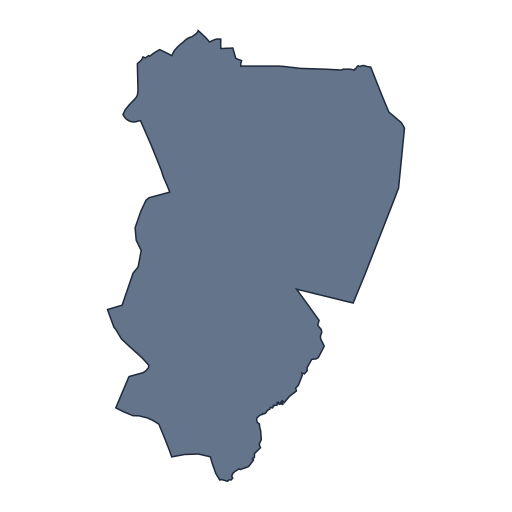 Lagos Mainland, Lagos, Nigeria
{"feature_id": "59680162B78639882894514", "entity_name": "Lagos Mainland", "entity_type": "district", "adm_level": 2, "iso_a3": "NGA", "parent_name": "Nigeria", "parent_adm1": "Lagos", "projection": "albers", "projection_center": [3.381, 6.497], "detail": "fine", "context": "isolated", "style": "filled", "palette": "slate", "viewbox_px": 512, "rotation_deg": 0, "n_neighbors": 0, "source": "geoboundaries", "source_scale": "gbopen_adm2", "svg_char_len": 3044}
<svg xmlns="http://www.w3.org/2000/svg" viewBox="0 0 512 512"><path d="M221.7,479.6L227.6,481.3L229.2,479.7L231.1,480.0L232.7,478.1L231.7,475.9L233.1,473.0L235.5,471.1L239.0,468.9L240.3,469.6L242.2,468.8L244.2,468.2L248.4,466.7L250.3,464.4L253.5,460.1L252.5,458.5L254.4,457.5L254.5,453.6L260.5,447.7L259.5,445.4L259.3,444.1L260.6,441.0L261.3,439.7L260.6,430.3L259.8,427.6L259.5,424.8L259.3,423.9L257.2,422.4L256.6,419.6L257.0,417.7L259.2,415.8L260.6,414.8L262.1,414.6L262.9,413.6L263.6,414.0L265.5,413.2L266.4,412.0L267.4,410.4L269.8,409.1L270.4,407.4L272.5,407.9L272.9,407.0L273.7,406.6L273.5,405.4L274.6,405.1L276.1,405.4L277.2,404.9L277.0,403.4L277.3,402.4L278.2,402.2L278.8,404.0L279.7,404.3L280.7,403.8L280.5,403.0L281.3,403.2L282.2,404.4L283.1,404.0L281.6,402.2L281.3,401.7L282.2,400.7L284.3,402.6L289.5,396.3L296.4,391.0L295.7,388.0L298.4,385.2L302.2,375.5L301.8,373.1L304.4,373.9L307.2,370.7L307.1,367.7L311.7,359.4L316.4,358.8L318.4,357.4L323.9,346.9L324.2,346.0L320.7,339.0L320.4,336.0L321.8,332.3L321.2,329.4L317.7,325.3L319.1,320.4L308.5,305.6L300.4,294.5L296.6,289.2L347.9,301.8L353.2,303.0L365.1,274.0L395.1,197.2L398.6,187.9L404.5,128.1L401.4,122.7L388.8,112.0L381.8,95.1L370.7,67.1L367.3,66.6L363.9,65.5L361.9,65.7L360.8,66.1L360.3,66.5L358.8,66.2L358.5,65.9L358.0,65.8L357.0,66.8L355.7,68.6L355.0,68.9L354.6,69.4L354.4,70.1L352.5,69.6L350.4,69.2L347.6,69.1L345.2,69.2L343.5,69.1L341.2,70.0L340.1,70.0L335.4,69.7L325.9,69.2L316.5,68.9L301.0,68.4L298.7,68.2L294.9,67.7L289.2,67.1L283.4,66.4L279.1,66.1L269.4,66.1L265.1,66.1L259.4,66.1L253.6,66.1L241.7,66.1L240.8,66.1L240.8,63.6L241.1,62.4L241.6,60.6L237.3,59.0L235.8,58.3L235.6,57.7L235.0,55.6L234.3,53.3L233.6,50.7L233.0,48.6L232.8,48.0L229.3,48.2L225.6,48.3L223.1,48.5L220.8,48.4L220.7,43.3L220.8,39.1L217.3,39.0L215.3,39.4L213.3,40.2L209.5,42.0L207.6,39.7L205.3,37.2L202.2,34.3L198.7,31.0L198.3,30.7L198.3,30.8L197.3,32.4L196.1,33.7L192.2,36.6L191.0,37.0L187.6,38.3L187.5,38.6L185.7,39.7L184.2,41.2L182.4,42.8L180.4,44.3L177.4,47.1L174.5,50.4L173.5,52.1L171.7,55.6L166.7,53.0L163.4,51.4L159.7,49.6L157.0,51.1L153.1,53.6L150.2,55.9L149.6,56.1L149.2,56.0L148.8,55.5L147.7,56.3L145.3,57.9L143.0,56.9L142.6,57.6L142.2,58.9L141.3,60.1L139.8,61.6L138.4,62.7L137.4,63.6L137.4,66.5L138.0,90.3L137.4,95.1L136.2,97.4L133.4,100.5L129.3,104.7L125.1,109.9L123.0,114.5L123.9,116.2L125.7,118.5L126.7,119.4L129.0,120.9L131.8,121.8L134.4,122.0L136.3,121.7L138.0,121.1L140.5,120.7L151.2,145.2L158.3,162.8L161.4,170.6L163.1,176.3L167.4,186.2L169.8,192.1L149.1,197.7L146.0,200.2L140.9,211.1L135.1,227.8L136.2,240.2L141.2,250.6L138.1,267.0L133.1,273.1L122.1,305.2L107.5,309.5L109.8,316.0L114.0,327.4L115.7,329.3L121.4,338.9L128.5,345.6L141.9,357.7L148.7,365.1L148.5,367.8L145.6,371.0L143.0,372.7L129.2,376.5L128.7,377.2L115.8,407.8L116.0,408.0L123.6,411.8L133.0,415.7L138.9,415.8L147.3,417.9L152.4,420.2L158.8,424.1L164.4,437.6L169.6,450.9L171.7,456.9L184.6,454.5L198.3,454.0L210.3,456.8L212.3,463.6L215.7,473.3L219.7,480.0L221.7,479.6Z" fill="#64748b" stroke="#1e293b" stroke-width="1.5"/></svg>